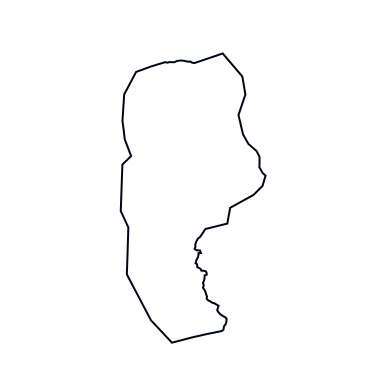 the district of Curral Novo do Piauí, Piauí, Brazil, rotated 54°
{"feature_id": "56859067B3641646794779", "entity_name": "Curral Novo do Piauí", "entity_type": "district", "adm_level": 2, "iso_a3": "BRA", "parent_name": "Brazil", "parent_adm1": "Piauí", "projection": "robinson", "projection_center": [-40.704, -7.883], "detail": "fine", "context": "isolated", "style": "outline", "palette": "ink", "viewbox_px": 384, "rotation_deg": 54, "n_neighbors": 0, "source": "geoboundaries", "source_scale": "gbopen_adm2", "svg_char_len": 1465}
<svg xmlns="http://www.w3.org/2000/svg" viewBox="0 0 384 384"><g transform="rotate(54 192 192)"><path d="M302.1,296.8L310.4,275.6L311.5,273.2L315.6,263.6L318.5,257.3L321.8,250.0L322.0,247.7L319.6,245.2L318.5,242.1L317.2,240.5L315.0,238.5L312.9,238.7L310.7,239.8L307.7,240.9L304.8,241.3L302.5,241.1L301.1,239.4L299.7,237.4L297.6,238.3L295.0,239.4L293.5,240.7L291.2,241.5L289.2,242.6L287.0,242.9L285.4,241.3L283.4,240.8L280.8,239.8L278.2,239.4L275.9,239.4L274.5,237.4L272.0,236.5L270.6,234.1L268.8,232.3L266.8,230.7L267.6,228.8L266.1,227.7L264.1,227.5L262.5,228.9L261.3,230.6L259.0,230.3L255.8,231.9L253.5,230.3L251.8,231.0L249.9,228.8L248.2,225.5L246.8,223.8L245.3,222.6L246.6,220.6L244.0,219.9L242.1,222.3L239.6,223.4L238.4,221.4L236.6,220.4L235.4,218.8L234.0,216.6L233.2,214.6L233.1,211.8L232.1,209.0L230.9,205.8L229.8,202.9L238.3,182.0L233.1,176.6L229.7,173.0L227.2,170.4L228.5,159.9L230.5,143.9L228.5,131.3L222.0,122.9L218.0,123.7L211.5,122.9L207.8,120.0L203.2,116.7L196.8,115.7L192.5,116.7L186.2,118.1L182.6,117.7L175.2,116.8L159.6,110.2L157.0,109.1L144.5,91.5L128.2,83.4L98.0,85.7L89.1,114.3L87.4,115.9L85.6,116.6L84.1,118.8L81.8,120.7L79.2,123.5L77.2,127.0L76.6,130.0L75.1,132.1L73.6,134.0L72.8,136.0L71.2,137.4L66.4,151.2L62.0,166.6L73.2,189.5L93.5,206.4L101.1,210.5L110.0,215.5L127.1,220.1L128.9,232.2L165.5,260.8L183.2,264.3L208.9,284.2L220.3,293.1L224.2,293.7L271.7,300.6L293.0,297.9L302.1,296.8Z" fill="none" stroke="#020617" stroke-width="2"/></g></svg>